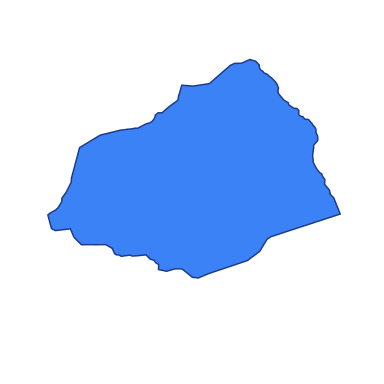 San Pedro Ocopetatillo, Oaxaca, Mexico (Natural Earth projection), rotated 238°
{"feature_id": "50627088B16349207621267", "entity_name": "San Pedro Ocopetatillo", "entity_type": "district", "adm_level": 2, "iso_a3": "MEX", "parent_name": "Mexico", "parent_adm1": "Oaxaca", "projection": "natural_earth1", "projection_center": [-96.912, 18.185], "detail": "fine", "context": "isolated", "style": "filled", "palette": "blue", "viewbox_px": 384, "rotation_deg": 238, "n_neighbors": 0, "source": "geoboundaries", "source_scale": "gbopen_adm2", "svg_char_len": 2730}
<svg xmlns="http://www.w3.org/2000/svg" viewBox="0 0 384 384"><g transform="rotate(238 192 192)"><path d="M273.7,311.3L275.0,302.1L278.5,296.3L279.1,291.5L274.7,264.2L281.2,249.1L288.0,239.9L281.6,232.9L281.4,232.3L277.4,228.8L277.0,225.2L277.0,224.2L276.4,217.0L275.0,208.5L277.1,205.4L276.7,201.6L274.9,200.1L274.3,198.9L273.3,196.6L273.1,196.2L273.0,192.5L274.1,189.6L274.1,189.0L274.3,187.1L274.8,180.7L274.8,179.9L276.2,177.7L277.9,173.5L279.4,170.5L279.5,170.4L281.3,166.2L281.5,165.9L282.4,164.1L285.1,155.7L288.8,144.6L288.9,142.9L289.2,120.2L287.9,118.8L274.7,104.7L268.2,97.7L267.3,96.9L264.4,94.8L264.2,94.7L262.3,91.5L259.5,86.9L258.4,85.0L255.7,78.4L252.8,76.4L249.7,70.3L249.2,67.7L249.0,66.8L249.2,63.4L249.3,60.6L248.9,57.6L241.2,55.2L235.5,53.5L231.7,55.6L225.2,69.4L216.1,67.9L209.3,69.5L205.9,70.3L202.2,76.3L198.1,82.8L193.0,91.1L192.7,91.2L186.8,94.3L186.4,94.5L180.8,93.7L178.8,94.5L177.7,96.3L174.9,98.0L173.8,100.5L172.8,102.7L171.6,105.6L169.2,107.6L167.2,111.3L163.0,119.7L162.1,119.9L157.3,120.9L156.8,121.4L155.6,122.4L155.4,122.6L154.2,123.6L151.1,123.8L148.2,125.3L144.0,122.5L138.4,128.3L138.2,128.5L135.9,136.8L135.5,137.4L132.2,142.6L130.9,143.3L130.7,143.3L119.4,147.1L118.3,148.6L115.8,151.7L115.4,154.2L114.3,160.8L113.9,163.1L112.3,170.0L110.3,178.3L107.9,188.4L105.5,198.4L104.5,202.7L104.7,205.1L105.5,214.3L105.8,218.0L111.4,229.1L112.1,230.4L112.3,235.1L111.2,239.4L108.8,249.4L94.8,306.0L111.9,309.1L117.6,307.9L117.7,308.5L120.7,309.5L128.3,308.5L132.1,311.3L133.3,311.3L133.9,311.1L136.2,311.1L137.1,311.2L138.7,311.6L139.1,311.3L140.6,310.6L142.7,310.3L145.1,310.1L147.5,310.1L150.2,310.3L152.3,310.5L153.2,310.7L154.4,311.4L155.7,312.1L156.9,312.6L158.0,313.1L158.8,313.5L159.6,314.1L162.0,316.1L163.5,317.3L164.2,317.6L164.5,318.3L165.0,318.7L165.3,318.9L165.9,319.0L166.2,319.1L166.5,319.5L167.3,320.3L167.8,321.6L168.1,322.8L168.4,324.0L168.7,325.0L169.1,325.8L169.7,326.4L170.8,327.1L171.8,327.6L172.9,328.1L174.3,328.4L175.5,328.5L176.4,328.6L177.1,328.8L177.6,329.3L178.8,329.9L179.8,330.4L181.4,330.5L182.7,330.5L183.7,330.1L184.6,329.8L185.4,330.0L186.8,330.1L188.1,329.7L189.1,329.6L190.1,329.5L191.5,329.2L192.2,328.8L192.7,328.1L193.3,327.0L193.9,326.4L194.8,326.1L195.9,326.1L196.8,326.0L197.5,325.6L198.0,324.9L198.4,324.6L199.2,324.1L200.0,323.7L200.7,323.6L201.4,323.7L202.4,324.3L203.4,325.1L203.9,325.5L204.6,325.7L205.8,325.7L206.9,325.3L207.2,325.2L209.2,322.6L209.9,322.4L214.5,320.3L216.7,320.9L221.3,318.6L230.1,317.4L233.4,319.3L234.3,320.5L236.6,320.8L237.7,321.2L241.3,321.1L247.0,319.8L249.6,318.7L251.6,318.4L255.2,316.0L256.6,316.1L259.3,314.9L261.8,315.1L264.2,316.4L269.2,315.3L273.7,311.3Z" fill="#3b82f6" stroke="#1e3a8a" stroke-width="1.5"/></g></svg>